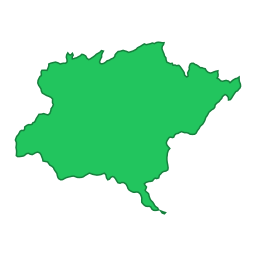 Açucena, Minas Gerais, Brazil
{"feature_id": "56859067B35065723034456", "entity_name": "Açucena", "entity_type": "district", "adm_level": 2, "iso_a3": "BRA", "parent_name": "Brazil", "parent_adm1": "Minas Gerais", "projection": "robinson", "projection_center": [-42.437, -19.076], "detail": "fine", "context": "isolated", "style": "filled", "palette": "green", "viewbox_px": 256, "rotation_deg": 0, "n_neighbors": 0, "source": "geoboundaries", "source_scale": "gbopen_adm2", "svg_char_len": 4658}
<svg xmlns="http://www.w3.org/2000/svg" viewBox="0 0 256 256"><path d="M164.0,42.7L162.4,42.8L160.3,42.4L158.2,42.2L156.5,42.5L154.4,43.6L152.3,43.0L150.6,43.7L148.9,44.1L146.2,44.7L144.3,43.9L142.2,45.2L140.3,46.4L138.8,47.1L137.4,47.9L136.4,49.2L135.1,49.9L133.3,50.9L130.9,51.7L128.7,52.4L126.5,51.4L124.7,50.9L123.1,50.4L121.7,50.8L120.1,51.3L118.1,51.5L116.3,53.3L115.2,54.6L114.7,56.7L113.1,58.2L111.1,59.0L109.3,60.2L107.1,60.8L105.5,62.3L103.7,63.4L101.7,63.9L100.3,63.5L99.5,62.0L100.2,59.9L100.8,58.5L101.6,57.1L101.6,54.9L102.3,53.1L103.4,51.1L101.4,50.6L100.0,52.2L98.3,53.2L96.4,54.2L95.0,55.6L93.4,56.8L92.0,57.7L90.4,58.8L88.8,59.6L87.0,58.4L85.7,56.0L83.6,54.7L81.8,54.3L80.1,55.9L78.1,56.9L76.7,57.8L75.2,58.1L73.9,58.6L72.3,58.9L72.2,56.9L73.2,55.2L72.4,53.3L70.8,55.0L69.2,54.7L67.8,52.9L66.7,54.9L66.3,57.2L67.0,59.6L67.1,61.8L65.6,63.3L63.5,63.2L62.0,63.5L60.2,64.0L57.9,62.8L55.5,62.1L53.1,62.6L50.7,63.2L48.8,64.0L48.8,65.9L48.0,68.2L47.0,70.4L45.0,70.2L41.9,70.3L41.1,72.0L41.3,73.8L41.3,75.6L40.0,76.5L39.3,77.8L38.1,80.3L37.8,83.0L38.6,85.1L39.9,87.1L41.0,88.9L41.4,91.1L42.3,93.0L44.0,94.0L46.6,95.5L48.8,96.3L51.0,97.4L52.6,99.0L52.5,101.0L52.5,102.8L53.4,104.5L52.5,106.8L51.1,108.7L50.8,110.8L49.8,113.5L48.0,114.9L46.0,114.4L43.7,113.6L41.3,114.2L39.0,114.3L37.9,116.1L36.3,118.5L35.4,120.6L34.5,122.2L33.0,122.6L31.9,124.4L30.4,124.7L28.5,124.6L26.6,125.5L24.7,127.0L24.6,129.2L23.7,130.5L21.5,130.4L20.1,131.3L19.4,132.7L18.4,134.5L16.7,136.4L16.0,138.2L15.4,140.0L16.4,142.5L16.4,144.7L16.0,147.5L16.5,150.0L16.6,151.9L16.5,153.6L16.3,155.6L17.6,156.6L19.4,156.6L21.7,156.3L23.7,155.9L25.1,154.9L26.6,153.6L28.7,153.3L30.1,154.2L32.2,154.6L34.0,153.7L35.4,152.8L37.6,152.1L39.7,152.9L41.0,154.6L41.8,156.8L42.6,158.8L43.0,161.0L45.4,161.5L47.6,161.9L48.9,163.8L49.9,165.2L51.8,166.2L53.5,167.7L54.2,169.5L55.5,171.4L56.9,173.4L57.3,175.4L57.8,177.1L58.6,178.6L60.7,179.8L62.6,179.6L64.2,178.7L65.9,177.8L68.5,177.0L70.5,176.6L72.0,176.2L73.8,176.1L75.2,176.6L77.4,177.4L79.5,177.5L81.7,177.3L83.3,176.8L85.1,175.5L87.6,174.1L89.3,173.1L90.9,173.6L92.6,174.3L94.7,174.7L96.9,175.1L98.8,174.9L101.0,174.5L102.6,173.8L104.4,173.2L105.9,174.8L106.5,177.8L107.8,179.8L109.5,179.1L110.7,177.4L112.4,176.5L114.0,177.0L115.4,178.6L116.6,180.7L118.0,182.8L120.1,183.2L121.7,182.5L123.9,182.6L126.0,184.1L127.3,186.4L128.0,188.5L129.1,190.0L131.0,191.2L133.2,192.2L134.6,192.3L136.2,192.0L138.2,192.2L140.2,193.9L141.2,196.0L141.8,198.0L141.7,200.2L141.8,202.4L143.1,204.0L144.4,205.3L145.9,206.2L147.6,206.4L149.2,206.3L150.7,206.9L151.9,209.1L153.4,210.2L154.9,210.4L156.7,210.3L158.6,209.9L157.6,207.9L155.5,206.5L154.5,205.2L153.7,203.6L152.6,202.0L150.9,200.4L149.9,198.6L149.1,196.2L148.6,193.9L147.4,192.6L146.1,191.7L145.1,190.2L145.9,188.7L146.5,187.0L145.2,185.5L144.3,183.8L146.1,182.4L147.6,181.9L148.9,181.5L150.6,181.4L152.5,180.9L153.7,179.2L155.2,178.1L156.6,178.6L158.7,177.9L159.4,175.2L160.8,173.8L161.9,172.5L163.5,171.5L166.0,171.0L167.8,169.8L168.1,167.9L167.7,164.9L167.2,162.4L166.9,159.9L166.9,157.2L167.2,155.3L167.4,153.1L168.3,150.3L169.8,148.5L168.1,146.6L166.8,144.8L166.3,142.9L166.9,141.0L168.1,139.0L169.3,137.4L170.7,137.1L172.4,137.6L173.7,137.2L174.5,135.2L176.2,133.7L178.0,133.4L179.5,132.5L181.5,131.6L183.4,132.3L184.8,132.7L186.3,132.6L188.3,133.1L190.1,134.2L192.5,134.4L194.7,134.2L196.2,133.0L197.4,130.6L199.0,128.6L200.2,126.3L201.4,125.2L202.6,124.2L203.7,122.5L204.7,120.7L205.3,118.9L205.8,117.3L206.8,116.1L207.9,114.2L208.9,112.2L210.1,111.2L211.7,109.8L213.5,108.8L214.7,107.4L215.2,104.8L217.0,103.0L219.1,101.5L220.4,99.7L221.7,98.5L222.3,96.8L223.5,95.7L225.0,94.5L226.8,95.4L228.4,97.5L228.5,100.0L230.4,99.6L231.7,97.9L232.7,96.2L233.9,94.3L234.8,93.0L235.8,91.6L237.6,90.8L238.7,89.3L239.9,88.1L240.6,86.3L240.4,84.1L239.4,81.6L239.1,79.1L239.1,77.0L237.2,78.3L235.6,78.6L234.3,79.3L232.7,80.3L231.1,81.7L230.0,82.7L228.6,81.1L226.1,80.4L224.0,80.9L222.6,81.3L220.7,80.9L219.0,79.2L217.1,78.1L218.0,76.4L218.1,74.4L217.7,72.6L217.9,70.8L215.6,71.3L213.8,71.9L212.0,72.7L210.2,73.1L207.9,72.2L206.3,70.7L205.2,68.7L203.6,68.4L201.9,67.7L200.2,67.7L198.5,66.2L196.5,64.9L195.1,64.5L193.5,63.3L191.6,63.3L190.3,64.0L189.5,65.9L189.1,67.5L189.4,69.2L188.6,70.9L187.6,72.9L188.2,75.9L186.8,77.0L184.7,75.4L184.1,72.5L183.0,70.7L181.6,68.7L180.2,66.7L178.8,65.3L176.5,65.7L175.0,65.0L173.1,65.3L172.2,63.3L170.3,63.7L168.6,62.9L166.9,62.2L166.1,60.0L165.9,57.8L164.5,56.0L164.0,54.0L163.2,52.1L162.4,50.1L161.9,48.2L162.4,46.0L163.5,44.6L164.0,42.7ZM165.5,212.6L163.2,211.9L160.7,210.9L162.2,213.0L164.4,213.8L165.5,212.6Z" fill="#22c55e" stroke="#15803d" stroke-width="1.5"/></svg>